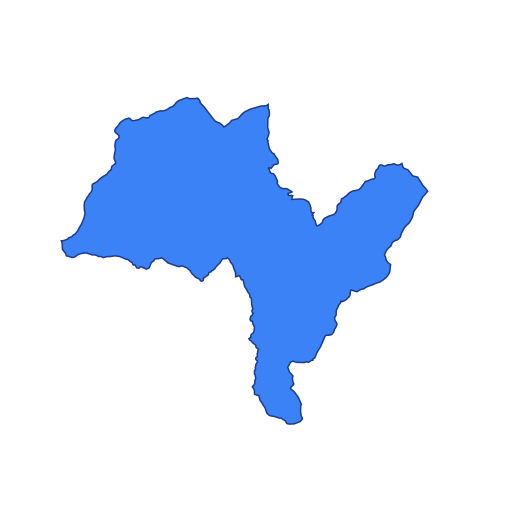 outline of San Gil, Santander, Colombia, rotated 163°
{"feature_id": "7082276B87231818219004", "entity_name": "San Gil", "entity_type": "district", "adm_level": 2, "iso_a3": "COL", "parent_name": "Colombia", "parent_adm1": "Santander", "projection": "mercator", "projection_center": [-73.117, 6.565], "detail": "fine", "context": "isolated", "style": "filled", "palette": "blue", "viewbox_px": 512, "rotation_deg": 163, "n_neighbors": 0, "source": "geoboundaries", "source_scale": "gbopen_adm2", "svg_char_len": 6121}
<svg xmlns="http://www.w3.org/2000/svg" viewBox="0 0 512 512"><g transform="rotate(163 256 256)"><path d="M72.9,267.7L74.2,271.4L75.6,274.2L78.3,284.0L79.3,284.9L81.9,286.2L82.7,286.9L85.5,294.0L88.8,296.6L89.5,298.2L89.4,301.9L91.3,301.3L92.8,301.2L94.9,302.0L97.2,304.0L100.1,303.9L103.4,304.7L106.8,304.2L109.0,306.1L109.9,306.6L111.1,306.6L111.9,306.3L113.9,303.9L115.6,303.3L117.6,301.1L118.7,299.2L119.0,296.4L119.9,295.4L120.8,295.2L123.0,295.7L126.5,295.2L129.7,295.2L134.9,291.1L137.7,289.6L139.4,289.3L144.7,289.9L148.2,289.2L151.5,287.4L155.5,286.0L157.6,285.6L159.6,282.2L161.9,281.6L163.2,280.8L163.9,279.8L164.8,277.0L165.8,275.5L167.8,273.6L169.1,273.0L175.5,272.8L179.9,271.9L181.5,270.7L182.0,269.5L183.5,268.3L186.1,267.2L188.9,267.0L189.3,268.0L189.2,272.6L189.9,274.8L190.2,277.1L189.6,277.8L190.4,278.8L188.0,280.6L190.3,281.3L190.2,283.3L189.4,286.0L189.5,290.0L190.0,292.4L192.5,295.2L194.3,296.5L196.8,297.5L205.0,299.6L204.7,301.1L203.2,303.0L204.0,303.5L207.0,304.2L207.3,304.6L207.0,305.7L207.4,306.1L207.2,306.5L202.9,306.6L202.8,306.9L206.4,311.0L207.6,311.7L210.4,312.5L212.7,314.3L213.3,315.3L214.4,318.4L214.2,319.7L213.6,320.9L213.5,322.2L213.8,323.0L214.3,327.2L215.2,329.4L217.9,331.2L217.8,332.1L218.2,333.0L217.8,334.7L218.5,336.2L218.4,336.5L217.6,336.6L216.7,336.1L215.9,335.4L212.7,337.8L211.4,338.1L209.5,337.7L208.4,337.8L207.5,338.5L207.0,341.5L207.1,342.5L208.6,346.5L208.7,348.1L210.5,350.1L211.9,354.6L211.3,361.9L210.7,362.8L211.4,364.4L208.4,368.3L207.3,370.4L207.3,375.3L204.4,384.2L202.3,386.2L201.4,388.6L200.8,392.1L201.2,392.9L201.1,393.9L200.0,397.4L201.9,396.8L203.2,396.9L207.7,398.0L218.5,398.1L224.4,397.2L227.5,396.0L233.0,392.7L239.6,392.8L242.3,391.0L247.1,389.2L249.1,388.9L250.1,391.3L252.0,393.9L254.4,395.7L255.5,396.8L256.2,398.2L262.3,414.3L264.4,418.5L264.5,421.7L265.1,423.2L265.8,423.3L265.8,424.0L266.2,424.2L268.3,424.4L273.9,426.0L275.6,427.7L284.4,427.2L287.4,426.1L289.5,424.5L291.8,423.4L295.7,423.0L296.7,422.4L300.3,421.8L302.6,421.9L304.6,422.8L309.6,422.8L311.4,422.1L316.1,421.4L318.0,419.7L318.6,419.7L320.2,420.0L322.9,421.5L324.1,421.7L328.4,420.7L333.4,421.1L335.3,422.0L336.3,424.3L337.3,425.0L341.5,425.0L345.3,424.0L347.2,423.1L349.3,421.2L353.0,419.0L354.6,417.0L354.3,415.0L352.7,412.8L351.9,411.0L352.3,409.5L354.0,408.2L355.6,407.9L357.1,406.3L358.8,402.6L359.4,398.7L362.2,393.5L363.2,390.9L362.9,386.7L363.2,385.6L367.3,384.1L368.2,383.1L368.6,382.0L369.6,380.6L372.5,379.6L374.4,377.8L378.9,376.8L382.5,375.6L386.2,373.5L390.8,372.6L391.7,372.1L392.6,370.0L392.8,368.5L393.7,366.7L395.0,365.3L397.6,363.8L398.1,362.9L400.2,361.5L404.2,357.6L405.5,354.6L406.6,350.3L407.0,346.9L407.4,346.0L409.2,342.9L413.4,337.7L416.9,334.6L418.9,332.4L422.6,329.8L424.2,329.7L426.4,328.3L429.7,328.2L431.4,327.2L434.8,327.0L436.7,327.1L437.7,327.5L437.7,324.7L439.0,319.6L439.1,318.7L437.3,314.0L437.3,312.1L437.0,311.3L435.8,310.8L432.4,308.4L431.5,308.1L429.4,308.1L425.7,309.4L423.1,309.5L419.2,309.0L417.2,308.4L412.1,304.8L410.6,304.5L408.5,303.4L406.6,301.5L404.4,300.9L402.6,299.1L398.6,299.0L396.2,298.2L391.9,297.6L389.9,297.0L386.5,295.4L381.8,291.4L379.3,289.9L377.9,287.5L376.3,285.8L376.2,283.8L375.9,283.2L374.7,283.1L374.2,282.5L373.6,279.8L373.1,279.2L371.8,278.7L370.9,278.7L370.0,279.5L368.8,279.3L364.9,275.6L362.4,275.6L361.5,276.1L358.2,280.1L355.1,281.4L353.5,282.8L350.3,282.0L346.6,281.8L345.2,280.0L342.2,275.1L333.4,268.6L332.2,268.2L330.7,268.4L329.3,268.0L325.5,264.8L323.1,260.8L322.3,257.4L321.1,255.8L320.1,253.4L316.7,250.3L316.3,248.5L315.2,247.7L313.9,247.9L313.3,248.5L313.0,250.1L311.4,250.4L309.1,251.5L308.2,251.4L306.7,252.5L306.3,253.5L305.3,254.0L303.2,254.1L302.6,254.9L301.4,254.9L299.1,255.9L296.7,257.8L292.6,259.8L289.3,262.7L288.5,263.0L285.1,262.2L284.1,262.8L282.9,261.2L282.1,259.2L282.3,257.7L281.0,254.7L280.8,253.2L280.9,250.2L280.5,248.0L280.5,245.7L281.6,242.1L279.6,241.9L278.4,242.4L277.9,242.0L277.4,241.5L277.1,238.0L276.8,237.4L275.7,237.3L275.3,236.8L275.8,230.2L274.6,225.9L274.4,224.0L273.3,221.2L273.8,218.4L272.8,216.9L274.3,210.9L274.6,206.4L274.9,205.8L275.9,205.1L276.0,202.8L275.5,201.8L276.3,201.4L276.9,200.4L278.7,199.9L280.3,197.0L280.0,195.4L278.4,194.7L278.8,191.6L278.3,188.6L278.6,187.4L280.5,183.6L283.3,182.4L284.4,181.2L284.8,179.7L287.0,179.0L286.5,177.3L285.8,176.7L284.4,173.6L282.4,170.9L282.6,168.5L280.9,166.1L282.3,164.4L282.8,162.9L283.4,162.4L284.1,159.5L285.9,158.7L286.2,158.1L286.3,157.0L285.5,155.3L285.5,154.3L287.5,152.7L289.3,149.5L289.5,148.0L291.0,146.7L292.0,143.7L291.6,142.5L291.9,139.8L292.2,138.8L293.4,137.4L294.0,135.8L294.0,135.2L295.4,133.4L297.4,132.4L297.8,131.8L297.1,130.2L296.9,127.5L297.8,124.4L296.1,122.8L294.1,121.8L294.3,116.7L293.3,113.9L292.8,111.3L291.7,108.3L291.6,102.6L289.9,99.7L287.9,98.4L285.4,97.2L281.1,94.2L279.4,93.6L276.1,89.7L275.6,87.1L274.6,86.2L272.6,85.3L268.4,84.3L262.0,84.8L259.5,86.4L259.1,87.2L259.5,90.0L258.9,94.0L257.1,99.6L256.0,100.8L256.7,107.3L257.3,109.8L259.1,114.9L261.9,119.3L261.5,119.9L257.6,122.1L257.3,122.7L257.5,125.1L257.0,128.0L256.7,128.9L255.7,130.4L257.9,135.4L258.1,140.7L257.0,141.4L254.0,144.3L251.5,144.7L249.6,143.3L247.2,142.0L240.9,140.0L238.4,140.0L237.1,139.1L235.7,139.2L233.8,140.0L232.0,139.7L231.5,140.8L229.6,141.4L225.8,146.0L220.5,150.7L213.3,159.2L212.0,159.7L209.8,159.0L207.4,158.7L206.1,159.0L203.9,160.6L202.5,162.8L201.1,163.8L198.5,166.9L198.5,168.8L199.3,171.1L198.9,173.9L196.5,176.3L195.7,179.1L194.7,181.0L193.0,182.7L191.9,184.2L188.2,187.1L188.3,187.8L188.1,188.0L186.7,187.2L184.5,187.4L182.8,187.8L178.4,190.0L177.2,191.7L175.9,194.9L175.1,195.8L170.0,192.3L165.4,193.4L162.5,193.1L158.9,194.1L151.7,194.5L149.3,194.9L145.1,194.9L141.0,196.1L137.9,197.4L135.8,198.8L133.9,200.4L132.4,202.4L129.8,208.5L131.8,211.3L132.7,214.1L132.5,217.3L132.8,219.5L131.2,221.5L129.6,223.2L126.5,225.1L124.3,225.9L121.7,229.0L118.7,230.1L116.4,230.1L115.1,230.4L112.4,232.0L110.1,235.4L105.7,239.8L102.2,241.8L100.4,242.5L97.9,244.5L94.8,247.8L92.4,252.0L90.8,253.5L85.8,257.0L79.6,263.5L72.9,267.7Z" fill="#3b82f6" stroke="#1e3a8a" stroke-width="1.5"/></g></svg>